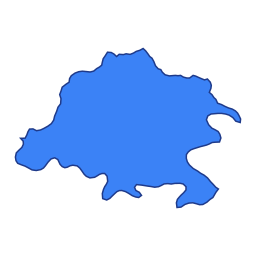 outline of Abdon Batista, Santa Catarina, Brazil
{"feature_id": "56859067B29190973569639", "entity_name": "Abdon Batista", "entity_type": "district", "adm_level": 2, "iso_a3": "BRA", "parent_name": "Brazil", "parent_adm1": "Santa Catarina", "projection": "mercator", "projection_center": [-51.047, -27.584], "detail": "fine", "context": "isolated", "style": "filled", "palette": "blue", "viewbox_px": 256, "rotation_deg": 0, "n_neighbors": 0, "source": "geoboundaries", "source_scale": "gbopen_adm2", "svg_char_len": 2665}
<svg xmlns="http://www.w3.org/2000/svg" viewBox="0 0 256 256"><path d="M215.9,99.4L213.9,97.6L212.0,94.7L209.3,92.4L210.9,88.4L211.3,85.3L210.3,82.2L207.4,79.0L204.5,79.9L201.3,78.6L198.5,77.4L195.7,76.1L193.1,75.4L189.6,78.0L186.8,78.0L183.4,77.1L180.6,75.4L178.0,75.7L175.4,75.4L172.7,75.6L169.4,75.9L165.1,74.8L162.3,72.2L160.8,69.6L158.2,68.8L155.5,65.8L153.8,61.5L152.0,58.2L149.7,56.5L148.1,54.1L145.6,50.8L143.1,48.5L139.8,50.3L136.2,51.4L133.6,53.0L130.1,54.4L126.1,53.8L123.4,54.6L119.2,54.3L116.6,56.5L113.9,54.0L111.2,52.5L107.5,52.2L104.9,56.3L103.2,58.7L102.3,62.3L101.7,65.2L99.5,67.0L96.7,68.6L93.7,71.1L90.1,72.0L86.6,71.6L82.4,71.2L78.7,71.7L75.0,73.1L71.3,75.7L69.6,78.5L69.1,82.2L65.9,84.3L62.2,87.2L61.1,90.8L59.7,94.6L61.0,98.7L60.6,103.8L58.0,107.2L56.7,111.2L54.6,116.2L53.7,120.1L51.4,123.6L48.0,126.1L43.9,128.4L40.5,130.0L36.5,130.7L33.0,128.9L29.5,129.1L27.9,131.9L26.9,134.8L25.1,138.2L20.6,138.3L23.2,141.2L23.4,144.2L21.9,147.4L18.6,150.5L16.3,152.9L15.4,157.1L16.0,160.7L17.7,163.3L21.1,164.7L25.0,166.1L28.6,168.0L32.0,169.9L36.2,170.5L40.8,169.6L43.5,168.0L45.4,165.8L48.0,162.2L51.1,158.9L54.7,157.8L57.8,159.5L60.1,164.4L62.2,166.6L64.8,167.7L67.3,167.2L70.0,165.8L72.8,165.2L77.2,165.9L79.8,168.1L82.0,171.1L84.2,174.3L86.3,176.3L89.9,177.9L94.6,177.3L97.1,175.9L99.4,174.4L102.0,173.5L104.7,173.5L107.1,176.2L107.7,181.4L106.3,184.3L104.7,186.7L103.5,189.4L102.3,193.6L102.7,198.6L106.7,200.0L109.8,198.4L112.0,196.2L114.5,193.8L116.8,191.7L119.2,190.6L121.8,190.5L125.5,191.6L128.6,193.3L132.3,195.7L135.7,197.0L138.7,197.5L141.5,195.4L139.3,192.3L135.9,190.5L134.5,187.3L136.5,184.6L141.6,185.1L147.2,186.0L150.8,186.5L154.7,187.2L158.5,186.7L161.0,185.6L164.2,183.9L167.8,183.6L171.3,184.0L174.9,183.4L180.1,183.3L183.2,184.0L186.0,186.7L186.0,189.9L183.6,192.8L181.1,195.1L179.2,197.2L177.4,199.4L176.4,202.8L177.0,207.5L181.0,207.1L185.0,204.4L188.8,203.1L192.8,202.8L196.6,203.8L199.6,204.7L202.8,204.5L206.9,202.2L209.9,199.5L212.9,197.5L215.9,192.3L218.4,189.0L215.7,187.2L213.3,184.5L210.5,181.6L207.5,177.9L204.0,175.1L200.5,173.2L197.7,171.1L193.2,168.5L189.4,165.0L187.3,161.8L186.3,158.3L186.4,154.6L188.2,152.0L190.7,149.9L193.8,148.7L197.3,147.6L200.5,146.6L203.7,145.8L206.4,145.1L209.2,144.0L212.1,142.5L215.2,142.2L219.5,142.0L220.9,138.0L219.8,134.2L218.1,131.5L215.0,129.7L211.9,128.2L208.6,124.7L206.4,119.8L207.8,115.9L211.1,114.0L214.5,113.7L217.9,113.4L221.6,113.4L225.5,114.0L229.1,115.1L232.9,117.6L235.8,121.2L240.2,122.5L240.6,119.0L239.0,115.6L237.6,113.1L235.4,110.9L232.3,109.1L228.4,107.9L224.8,106.3L221.6,104.6L217.6,103.2L215.9,99.4Z" fill="#3b82f6" stroke="#1e3a8a" stroke-width="1.5"/></svg>